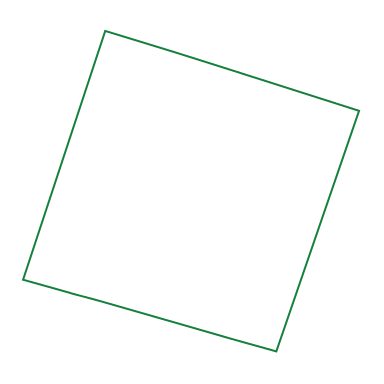 Caswell, North Carolina, United States of America, rotated 196°
{"feature_id": "52423323B10780727675908", "entity_name": "Caswell", "entity_type": "district", "adm_level": 2, "iso_a3": "USA", "parent_name": "United States of America", "parent_adm1": "North Carolina", "projection": "albers", "projection_center": [-79.34, 36.392], "detail": "fine", "context": "isolated", "style": "outline", "palette": "green", "viewbox_px": 384, "rotation_deg": 196, "n_neighbors": 0, "source": "geoboundaries", "source_scale": "gbopen_adm2", "svg_char_len": 367}
<svg xmlns="http://www.w3.org/2000/svg" viewBox="0 0 384 384"><g transform="rotate(196 192 192)"><path d="M319.8,322.9L330.2,61.1L280.9,61.4L280.3,61.3L274.1,61.4L252.1,61.8L186.6,61.8L114.7,61.7L97.6,61.8L69.1,62.0L67.0,62.0L53.8,316.1L58.2,316.2L163.3,319.3L171.0,319.5L190.8,320.1L247.3,321.6L319.8,322.9Z" fill="none" stroke="#15803d" stroke-width="2"/></g></svg>